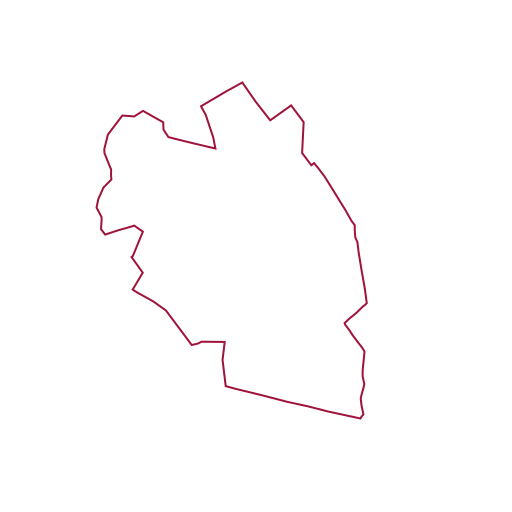 outline of Al-Mahaweel, Babil, Iraq, rotated 53°
{"feature_id": "34846034B9794416366933", "entity_name": "Al-Mahaweel", "entity_type": "district", "adm_level": 2, "iso_a3": "IRQ", "parent_name": "Iraq", "parent_adm1": "Babil", "projection": "albers", "projection_center": [44.636, 32.675], "detail": "fine", "context": "isolated", "style": "outline", "palette": "rose", "viewbox_px": 512, "rotation_deg": 53, "n_neighbors": 0, "source": "geoboundaries", "source_scale": "gbopen_adm2", "svg_char_len": 1389}
<svg xmlns="http://www.w3.org/2000/svg" viewBox="0 0 512 512"><g transform="rotate(53 256 256)"><path d="M448.6,270.4L447.8,268.5L447.1,265.5L438.7,261.6L432.9,258.2L430.0,254.8L426.4,250.0L423.5,246.6L416.2,243.2L411.1,239.3L402.4,231.2L397.7,226.9L393.7,226.4L385.7,226.5L377.4,226.5L372.0,226.1L364.4,226.1L362.9,225.6L362.2,219.6L361.8,209.7L360.7,201.5L360.7,198.1L360.3,195.9L347.3,188.6L332.1,180.9L315.0,171.9L306.0,166.7L300.9,165.5L294.8,161.6L290.8,158.6L285.4,158.6L272.7,156.9L262.2,156.0L253.2,155.1L233.6,153.4L226.4,153.4L223.1,153.4L217.8,153.7L216.8,153.7L216.8,157.2L201.5,157.2L177.8,137.4L156.9,137.3L156.2,163.0L132.3,163.4L109.2,162.5L106.6,180.6L103.3,209.8L113.0,211.2L135.3,218.7L145.7,223.7L144.8,224.5L129.3,237.4L115.1,249.0L108.3,254.4L99.3,253.8L93.4,249.6L82.5,254.4L72.1,258.9L71.3,268.7L71.3,269.2L63.4,278.2L69.9,301.2L79.3,312.8L82.6,315.1L95.9,318.7L99.7,319.6L104.3,323.2L107.9,325.5L109.5,336.6L115.7,347.8L121.4,354.2L132.0,355.9L134.5,357.8L141.3,363.6L148.1,363.6L152.7,350.1L157.1,338.8L158.5,334.9L162.4,333.7L168.5,331.7L174.2,341.4L179.4,350.1L181.9,354.4L181.9,356.0L201.2,356.5L208.6,374.7L213.5,372.9L230.7,365.3L245.3,360.7L288.4,360.9L291.1,354.7L291.6,351.2L305.8,332.7L318.8,345.2L341.7,358.5L350.1,352.0L371.1,334.8L391.3,318.8L407.3,305.0L423.6,292.0L447.1,271.7L448.6,270.4Z" fill="none" stroke="#9f1239" stroke-width="2"/></g></svg>